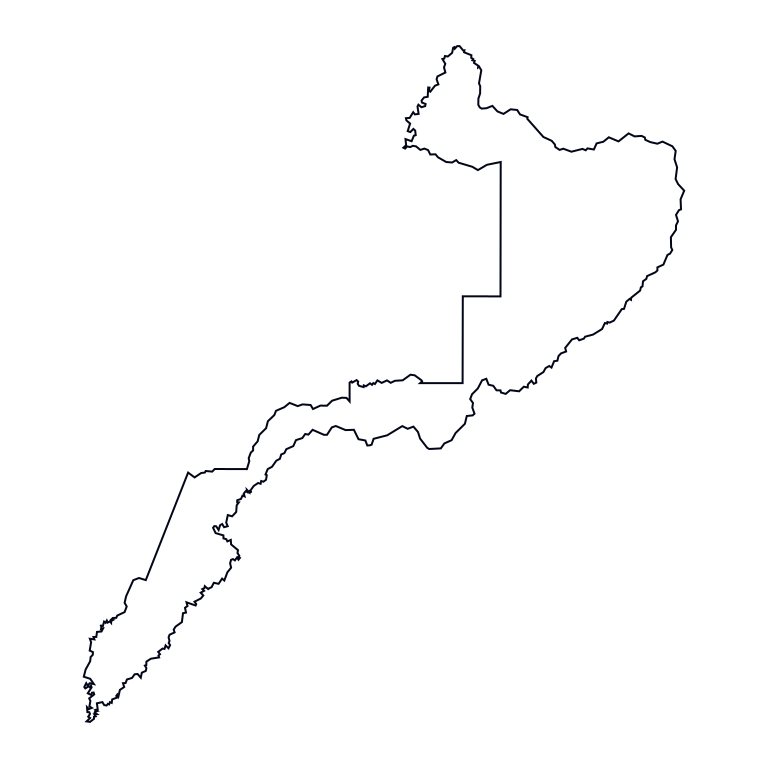 the district of La Paz, Cesar, Colombia
{"feature_id": "7082276B68584023442252", "entity_name": "La Paz", "entity_type": "district", "adm_level": 2, "iso_a3": "COL", "parent_name": "Colombia", "parent_adm1": "Cesar", "projection": "natural_earth1", "projection_center": [-73.31, 10.11], "detail": "fine", "context": "isolated", "style": "outline", "palette": "ink", "viewbox_px": 768, "rotation_deg": 0, "n_neighbors": 0, "source": "geoboundaries", "source_scale": "gbopen_adm2", "svg_char_len": 6032}
<svg xmlns="http://www.w3.org/2000/svg" viewBox="0 0 768 768"><path d="M453.2,47.7L452.1,52.9L447.8,56.5L445.0,56.0L444.3,58.5L442.4,59.0L445.3,63.8L444.0,67.4L445.4,72.5L437.5,76.4L436.6,79.3L438.4,84.4L435.0,85.7L430.3,91.7L428.9,90.6L429.5,87.6L428.2,87.5L427.7,96.8L424.1,97.4L421.6,100.5L421.9,102.5L425.6,104.0L425.2,106.1L421.4,107.2L418.4,104.7L417.5,106.5L418.6,113.9L414.9,114.4L413.2,112.2L409.7,117.9L405.9,118.2L406.4,120.4L410.1,123.6L407.7,131.1L410.3,132.1L413.4,128.9L415.2,130.6L415.7,135.2L413.9,135.7L411.6,141.2L405.5,139.1L406.1,145.2L403.4,147.7L405.1,148.6L407.1,146.4L410.2,147.1L412.8,145.8L416.1,146.4L420.3,149.9L424.4,148.6L428.1,150.1L430.3,154.5L435.5,154.3L438.0,157.3L446.2,162.0L452.1,162.5L456.2,160.1L458.6,162.7L472.4,166.8L477.9,170.1L486.9,164.8L500.7,162.0L500.5,296.4L462.8,296.3L462.6,383.1L420.2,383.1L422.1,381.4L421.6,380.4L414.7,375.3L410.5,374.7L402.7,380.3L394.9,380.8L390.7,382.8L387.0,380.4L381.7,382.9L377.4,380.4L374.9,384.0L373.3,383.1L372.0,384.8L370.0,383.3L365.9,386.3L363.8,385.4L363.6,387.1L359.0,385.8L357.7,383.8L358.2,381.6L356.6,380.1L352.2,382.6L351.5,381.4L349.6,382.6L349.6,401.4L346.5,397.9L341.8,397.7L332.1,400.7L327.0,405.7L320.4,405.6L313.0,409.0L310.6,405.0L302.6,404.4L297.7,406.1L289.6,402.9L284.3,407.2L276.0,410.8L274.3,415.1L267.9,421.2L266.1,428.2L259.3,434.9L257.6,441.4L253.1,446.6L253.1,450.4L250.8,452.6L248.7,458.2L249.3,461.1L246.9,469.1L214.7,469.0L212.2,471.6L205.7,471.0L204.8,472.6L201.2,473.0L194.6,477.4L188.1,472.6L145.8,580.1L139.0,578.0L133.3,580.2L126.1,596.3L124.6,602.8L126.7,606.5L124.6,612.1L117.2,615.6L116.3,617.8L112.8,618.0L111.2,619.6L113.0,620.0L111.1,621.1L111.1,622.8L109.9,621.4L107.6,622.6L106.8,620.6L105.6,622.8L104.1,621.6L102.8,626.3L100.3,625.2L101.5,626.6L101.0,629.1L103.0,628.6L101.5,631.5L97.0,631.9L96.3,636.9L93.5,637.0L94.4,639.4L89.9,638.8L91.1,642.2L89.7,650.6L92.9,652.1L92.8,654.8L90.6,657.1L90.2,661.2L85.6,669.6L83.8,676.7L90.2,678.8L93.9,684.1L89.8,683.2L87.6,685.5L86.2,683.2L84.3,687.0L85.3,688.4L88.9,686.2L90.1,687.6L91.0,685.7L91.6,687.3L87.8,693.3L91.1,694.9L92.0,692.7L93.6,692.5L94.2,694.4L89.2,698.4L90.4,701.0L89.4,706.4L91.8,707.9L88.8,709.1L87.0,707.2L87.4,712.1L89.3,712.2L90.0,714.0L88.2,716.7L90.1,718.0L86.6,721.4L90.0,721.9L94.0,718.8L94.0,716.7L95.7,716.3L94.3,714.2L96.9,714.1L94.7,712.4L95.4,710.7L95.9,711.4L97.4,711.0L95.7,709.9L97.7,709.4L96.9,703.3L102.4,702.1L104.2,705.1L106.6,705.5L107.9,703.8L109.1,704.4L110.0,702.1L111.7,702.9L112.2,699.4L117.3,697.5L116.3,695.9L117.3,694.5L118.4,696.5L119.9,689.9L124.2,687.0L123.0,683.2L125.6,683.0L126.9,679.5L132.1,677.9L134.6,674.3L137.6,674.0L140.8,677.7L141.8,672.7L145.8,670.9L146.4,668.0L144.9,665.6L146.3,665.1L146.4,661.6L150.9,658.7L159.1,657.4L158.5,655.5L160.0,654.2L158.2,651.9L162.5,648.6L164.5,648.9L165.6,645.4L168.5,648.3L170.1,645.1L168.7,643.0L169.5,641.0L168.6,637.3L169.6,634.7L174.6,632.4L173.7,629.6L175.6,626.6L181.9,622.1L183.0,613.2L186.0,612.6L185.0,607.8L187.5,606.0L186.5,602.3L195.6,605.5L196.2,604.0L194.5,601.7L200.8,598.5L203.3,595.5L200.7,592.7L204.1,590.8L202.3,589.1L204.4,588.1L204.8,586.2L208.8,589.6L208.4,588.6L211.6,587.2L213.8,582.8L218.6,583.8L222.1,578.6L224.3,580.5L227.4,572.3L231.1,567.7L230.1,563.2L231.1,559.8L233.0,559.1L234.9,560.4L237.0,557.5L238.5,559.7L239.9,557.9L238.3,557.0L239.3,555.8L237.5,553.0L238.0,550.2L231.1,544.4L230.8,539.9L227.4,541.4L226.3,539.2L223.5,538.4L223.4,535.4L215.6,533.1L213.1,527.8L214.3,526.1L216.2,526.3L218.6,530.0L220.1,525.2L222.2,524.0L224.1,527.2L227.7,526.2L226.2,522.6L227.8,515.1L232.1,516.3L236.2,512.0L236.7,505.3L238.8,502.4L237.2,502.3L237.2,500.3L241.0,498.9L242.5,495.6L244.6,496.4L243.8,493.5L245.7,491.2L247.3,492.1L246.9,489.8L249.6,492.6L249.8,491.4L251.4,492.5L250.4,490.5L253.8,485.9L258.1,483.0L260.6,483.8L261.2,481.0L263.4,481.7L266.0,479.8L266.8,475.2L265.5,474.5L267.7,469.1L272.0,466.8L276.3,460.7L279.9,458.8L281.2,454.5L284.4,453.1L286.3,449.2L293.3,446.1L296.0,440.1L302.3,438.1L305.2,434.0L308.4,434.6L312.6,429.8L323.9,434.8L327.0,434.8L331.8,427.4L335.8,426.0L345.6,430.1L353.9,429.8L358.5,439.2L365.4,440.5L367.3,445.5L369.9,445.3L371.6,444.7L373.6,438.8L387.2,435.3L402.3,426.1L407.7,428.8L413.4,426.6L418.0,432.0L420.1,438.6L427.2,447.8L429.2,449.0L440.8,448.4L444.4,443.4L451.6,440.2L455.6,433.0L464.9,423.8L466.8,416.0L472.6,415.4L474.5,413.7L472.3,407.6L473.0,403.0L470.2,399.1L472.0,394.3L477.8,388.5L482.1,380.3L486.3,378.8L488.6,384.7L493.3,385.8L496.5,390.3L500.5,390.4L501.0,392.5L505.7,393.9L510.1,390.2L519.1,391.3L523.8,386.7L527.7,387.5L527.9,384.5L531.4,380.6L533.8,383.8L536.3,382.6L535.9,378.5L537.3,376.0L543.4,372.1L545.6,368.1L549.2,366.0L551.5,367.6L554.1,361.2L557.4,360.7L558.5,356.1L561.0,353.4L566.1,351.5L565.2,347.9L572.0,339.4L577.3,337.8L579.2,340.3L583.9,338.6L585.1,336.7L593.0,334.6L602.1,329.0L604.9,323.0L607.1,323.6L607.4,322.0L609.7,322.6L613.9,320.6L621.8,309.1L624.0,308.9L626.3,301.7L629.6,298.9L631.0,299.8L631.2,297.7L640.1,290.6L640.9,287.3L642.5,286.4L643.0,281.3L646.3,278.9L647.1,276.1L655.4,272.3L657.4,270.5L657.4,267.4L663.4,264.6L667.5,254.9L670.0,253.7L672.3,250.0L671.1,247.3L670.9,237.2L676.0,229.8L676.0,225.4L678.0,221.3L676.0,214.9L679.0,210.1L681.0,209.4L680.6,199.3L684.2,190.7L678.1,184.1L675.6,179.1L677.1,167.4L674.5,159.2L675.7,150.9L672.4,146.3L662.5,141.6L657.4,143.7L650.3,142.1L645.3,139.8L644.8,137.5L641.6,135.9L634.6,136.4L628.6,133.4L618.5,141.4L608.8,137.3L603.4,141.7L596.6,143.4L593.9,149.5L587.5,148.4L585.7,150.3L582.5,148.9L571.4,151.7L563.3,148.7L559.6,149.9L555.3,147.0L554.9,144.5L551.7,140.8L543.4,137.0L527.3,118.8L527.6,117.2L520.0,114.4L517.2,110.0L510.6,109.3L503.5,113.9L497.4,111.4L492.4,105.9L486.5,108.2L481.6,108.6L479.7,107.3L478.3,104.8L478.4,98.6L480.1,93.5L480.2,86.1L479.0,83.4L481.3,70.2L479.1,66.6L478.1,67.4L478.2,65.7L474.0,62.9L474.7,60.9L472.4,60.3L473.2,59.0L471.2,57.8L471.4,55.2L464.1,52.3L464.4,50.3L463.2,50.5L459.6,46.1L457.2,46.1L454.9,48.6L454.5,47.1L453.2,47.7Z" fill="none" stroke="#020617" stroke-width="2"/></svg>